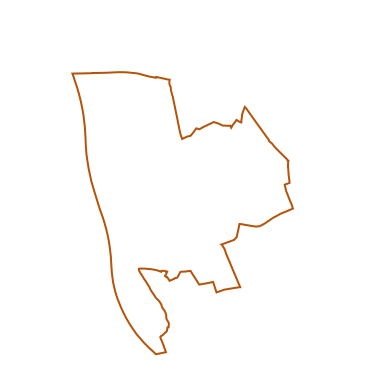 Druten, Gelderland, Netherlands, rotated 254°
{"feature_id": "6326949B94625978297128", "entity_name": "Druten", "entity_type": "district", "adm_level": 2, "iso_a3": "NLD", "parent_name": "Netherlands", "parent_adm1": "Gelderland", "projection": "orthographic", "projection_center": [5.596, 51.869], "detail": "fine", "context": "isolated", "style": "outline", "palette": "amber", "viewbox_px": 384, "rotation_deg": 254, "n_neighbors": 0, "source": "geoboundaries", "source_scale": "gbopen_adm2", "svg_char_len": 5669}
<svg xmlns="http://www.w3.org/2000/svg" viewBox="0 0 384 384"><g transform="rotate(254 192 192)"><path d="M338.8,109.7L335.2,109.9L329.2,110.1L323.5,110.4L322.4,110.4L320.1,110.4L314.8,110.3L309.7,110.1L307.2,109.9L304.3,109.7L296.2,108.9L294.0,108.6L291.4,108.1L285.2,107.1L282.5,106.6L274.5,104.8L270.3,103.8L267.1,103.0L263.8,102.3L262.3,102.0L260.0,101.5L258.5,101.2L255.7,100.7L248.8,99.8L243.2,99.1L230.3,98.2L217.4,98.3L213.3,98.4L203.4,98.6L198.9,98.8L192.4,99.2L189.4,99.3L186.6,99.4L182.0,99.3L179.6,99.3L175.0,99.1L171.1,98.8L167.7,98.5L163.6,98.0L160.9,97.6L152.9,96.3L146.1,94.8L136.6,92.7L132.7,92.1L126.5,91.2L126.0,91.2L124.3,91.1L122.7,91.0L117.7,90.8L114.0,90.8L111.7,90.9L110.6,90.9L100.9,91.9L97.0,92.5L95.1,92.8L92.6,93.3L88.9,94.0L81.4,95.9L78.0,97.0L76.3,97.5L73.7,98.5L70.9,99.4L67.0,101.2L64.7,102.3L61.2,103.9L59.9,104.5L56.0,106.7L54.7,107.4L49.3,110.7L46.6,112.2L46.0,112.6L45.2,122.8L51.4,122.4L51.5,122.5L53.8,122.2L55.8,122.0L56.9,121.9L57.8,121.8L60.8,121.5L61.2,121.5L61.5,121.8L62.3,123.0L62.2,123.6L62.5,124.3L64.3,127.7L64.5,128.2L64.6,128.5L64.9,129.0L65.0,129.2L65.3,129.5L67.2,130.5L67.8,130.8L68.4,131.2L68.5,131.2L68.4,132.2L68.8,132.3L69.7,132.6L71.1,133.3L71.5,133.4L72.2,133.5L72.5,133.5L73.8,133.3L75.8,132.7L77.3,132.5L77.7,132.5L78.1,132.6L79.9,133.1L80.3,133.2L81.0,133.3L81.7,133.3L82.4,133.3L82.7,133.3L83.4,133.2L85.5,132.8L86.2,132.7L86.5,132.5L87.7,132.0L88.0,131.8L88.3,131.8L89.2,131.7L90.4,131.5L91.7,131.5L92.2,131.5L93.4,131.2L95.6,130.5L96.4,130.2L97.2,129.8L98.5,129.0L100.0,128.3L101.0,127.8L101.8,127.6L103.7,127.1L105.0,126.6L108.0,125.6L109.6,125.2L110.4,125.1L110.7,125.0L112.4,124.8L113.0,124.6L114.8,124.1L116.7,123.6L118.9,123.0L120.2,122.5L122.0,121.9L123.4,121.5L125.4,121.0L125.9,120.9L127.3,120.4L128.6,120.0L130.3,119.6L130.9,119.5L131.2,119.5L131.6,119.5L132.2,119.7L132.8,119.7L132.9,119.8L132.7,120.5L132.6,121.1L132.1,123.0L131.8,124.1L131.5,125.2L130.3,128.2L128.9,131.8L128.7,132.3L126.5,136.6L126.3,136.9L124.7,139.1L123.9,140.3L124.6,140.6L124.6,141.1L124.0,143.1L123.8,143.5L122.8,145.4L122.4,146.1L121.8,145.4L121.6,145.6L120.4,144.7L120.0,144.3L118.8,142.9L118.2,143.4L118.0,143.6L117.6,143.7L117.4,143.8L117.2,143.9L117.1,144.0L117.3,144.4L117.2,144.5L116.6,144.7L116.0,145.0L115.3,145.2L112.8,146.0L112.9,146.5L113.1,148.0L113.4,150.8L113.5,150.9L113.7,151.0L113.8,151.1L113.8,154.3L116.7,157.2L117.4,157.9L118.2,158.7L118.3,158.8L118.4,159.0L118.4,159.5L118.2,160.4L118.0,161.1L117.7,162.1L117.3,164.2L117.1,165.6L116.9,166.7L116.6,168.8L115.9,169.0L101.0,173.4L101.0,173.7L100.7,175.9L100.5,178.1L100.4,179.0L100.4,179.6L100.3,180.0L100.2,180.8L99.8,185.8L99.7,186.9L99.7,187.5L88.7,187.9L88.9,190.9L89.2,196.4L88.7,200.7L88.0,206.7L87.4,211.2L87.2,212.1L99.5,210.6L109.6,209.4L115.1,208.8L117.0,208.5L121.8,207.9L123.0,207.8L125.7,207.7L126.9,207.7L127.9,207.6L129.2,207.3L132.0,206.5L132.3,206.4L133.4,205.8L133.4,206.2L133.9,213.0L134.0,214.8L134.2,216.7L134.3,218.8L134.5,219.5L135.0,220.3L136.2,222.4L136.5,222.6L145.2,227.3L147.6,228.5L148.2,228.8L148.2,229.0L147.8,229.8L147.7,230.0L146.8,232.0L145.2,235.2L144.3,237.1L143.3,239.2L142.3,241.4L141.8,242.4L141.6,242.8L141.5,243.1L141.2,243.9L140.9,245.1L140.8,245.5L140.7,246.1L140.6,247.2L140.6,247.8L140.6,248.2L140.7,248.6L140.7,249.0L140.8,249.4L140.9,249.9L141.0,250.2L141.2,251.5L141.6,252.9L141.7,253.4L142.7,256.2L142.9,256.9L143.2,258.0L144.5,261.8L144.7,262.4L144.7,262.5L145.1,264.1L145.8,267.5L146.2,269.1L146.7,271.2L146.8,272.3L147.3,276.9L148.2,284.4L148.9,284.4L149.4,284.4L151.1,284.4L153.7,284.2L156.2,283.8L157.4,283.7L166.9,282.8L169.7,282.9L171.8,283.0L173.5,283.1L173.6,284.7L173.9,288.3L175.8,288.7L176.0,288.7L181.8,289.6L182.2,289.7L188.7,291.1L188.8,291.1L189.0,291.0L191.6,291.8L195.3,293.0L195.4,292.9L195.5,293.2L197.7,292.1L202.9,289.2L209.3,285.6L212.1,284.1L213.4,283.5L213.9,283.3L214.2,283.2L214.8,283.0L216.6,282.2L217.0,281.9L217.3,281.8L218.4,281.0L219.1,280.5L219.6,280.2L220.2,280.1L220.9,280.2L232.5,276.0L242.2,272.5L247.6,270.6L252.2,269.0L255.3,267.9L257.8,267.0L259.2,266.2L255.4,263.4L253.9,262.4L252.8,261.6L252.5,261.5L252.3,261.3L251.4,261.1L247.2,259.2L246.7,259.0L245.3,258.6L245.6,258.0L246.1,257.4L246.5,256.9L249.0,254.6L247.8,253.2L246.9,252.0L246.1,250.9L245.3,249.8L243.9,248.4L243.0,247.4L245.2,247.2L245.4,245.9L245.5,245.5L245.7,244.9L246.7,242.1L247.1,240.7L247.2,240.4L247.4,239.8L247.7,239.5L250.6,236.2L250.8,235.9L250.9,235.7L252.0,234.0L253.3,232.1L252.8,229.8L252.3,226.5L251.8,223.7L251.5,221.8L251.3,220.4L251.2,220.3L251.1,220.0L251.0,219.3L250.8,218.6L250.5,217.4L250.3,216.5L250.3,216.2L251.0,215.2L251.8,214.0L252.0,213.7L251.9,213.5L250.4,211.7L249.5,210.5L246.6,206.5L246.6,206.3L246.5,206.1L246.4,205.6L246.5,204.2L246.6,203.4L246.6,202.9L246.3,200.6L245.7,197.2L249.7,196.9L251.0,196.9L251.6,196.9L256.4,197.2L262.4,197.7L262.6,197.7L266.7,198.1L272.4,198.5L277.5,198.9L287.8,199.7L288.4,199.8L288.9,199.8L291.7,199.7L293.3,199.8L294.9,199.8L295.4,199.9L296.6,200.0L296.9,200.0L297.7,200.3L298.4,200.4L301.1,200.1L301.4,200.1L301.7,200.1L302.4,200.1L303.6,200.5L304.3,200.7L305.1,201.0L306.1,201.5L306.6,200.4L306.8,199.9L307.1,199.2L308.3,197.0L309.3,195.2L312.0,190.2L312.5,189.1L312.4,189.0L311.8,188.8L312.2,187.9L314.7,182.9L315.6,181.2L316.5,179.7L317.8,177.6L320.0,174.1L320.3,173.6L320.8,172.6L321.3,171.6L322.0,169.8L322.3,169.3L322.7,168.1L322.9,167.4L324.2,164.4L325.2,161.7L325.9,159.4L326.0,159.2L326.2,158.7L327.1,155.6L327.3,154.8L328.4,150.4L329.8,144.3L331.5,137.7L332.3,134.5L333.1,131.6L333.7,129.5L334.0,128.3L334.0,128.2L333.9,127.9L334.7,125.2L336.5,118.2L338.8,109.7Z" fill="none" stroke="#b45309" stroke-width="2"/></g></svg>